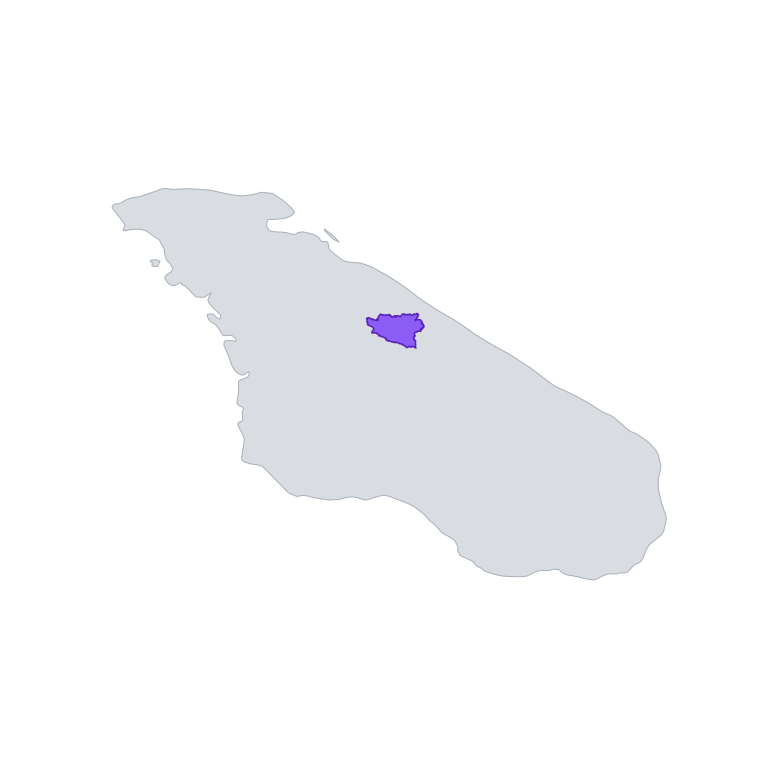 location of Moramanga, Alaotra-Mangoro, Madagascar, rotated 285°
{"feature_id": "10022922B82658288648411", "entity_name": "Moramanga", "entity_type": "district", "adm_level": 2, "iso_a3": "MDG", "parent_name": "Madagascar", "parent_adm1": "Alaotra-Mangoro", "projection": "albers", "projection_center": [48.208, -18.729], "detail": "fine", "context": "in_parent", "style": "filled", "palette": "violet", "viewbox_px": 768, "rotation_deg": 285, "n_neighbors": 0, "source": "geoboundaries", "source_scale": "gbopen_adm2", "svg_char_len": 8992}
<svg xmlns="http://www.w3.org/2000/svg" viewBox="0 0 768 768"><g transform="rotate(285 384 384)"><path d="M498.5,91.9L500.5,96.6L502.9,101.2L510.3,112.3L513.4,116.6L516.1,121.1L517.4,130.2L522.0,144.2L526.2,165.3L527.3,187.0L528.6,196.9L532.0,206.3L537.5,216.1L539.2,226.9L535.6,238.0L530.5,248.4L529.2,250.3L526.8,253.0L525.7,252.9L521.8,250.1L518.6,245.7L514.5,235.2L513.1,229.9L511.4,229.0L506.5,229.5L503.0,232.7L502.3,234.8L503.0,240.7L504.3,246.0L504.9,251.3L504.9,258.1L506.2,260.1L508.1,261.9L510.0,266.3L510.3,276.9L509.0,282.2L505.6,286.7L505.8,289.2L507.0,291.9L505.8,293.4L501.3,295.4L499.4,297.1L497.0,301.7L493.0,311.2L492.4,316.0L494.8,330.8L494.0,341.3L488.9,361.3L485.9,370.8L481.8,382.1L475.5,397.0L469.3,415.8L464.1,435.1L460.2,446.7L455.8,458.1L449.9,478.3L444.8,498.9L437.4,521.4L427.1,546.6L426.0,549.9L423.9,562.7L421.7,573.9L419.0,584.9L413.3,603.1L412.7,608.7L411.4,614.1L406.0,625.6L403.7,629.8L402.1,634.3L401.2,640.1L399.6,645.6L395.7,655.7L389.8,664.5L385.8,667.7L377.1,672.4L372.7,673.3L362.8,673.5L353.4,676.3L343.5,681.4L334.1,687.3L330.5,690.1L326.5,691.7L313.9,692.3L310.2,691.1L297.4,681.8L292.5,680.4L283.2,679.2L280.4,678.5L277.9,677.3L274.0,672.4L266.5,668.4L264.7,667.1L263.5,664.3L262.7,661.2L260.7,657.7L259.1,651.1L256.5,646.5L249.5,638.5L248.7,635.9L247.9,627.2L248.0,621.3L247.0,610.5L247.7,605.4L250.0,600.7L248.9,595.8L246.1,590.7L245.0,585.3L243.0,580.4L235.5,571.8L233.7,567.5L232.4,563.0L229.3,549.0L228.8,544.1L228.9,533.7L229.8,528.4L231.5,524.6L231.8,521.8L232.9,519.4L234.6,517.5L235.7,515.2L238.1,501.8L241.5,498.8L246.6,497.0L250.6,493.4L252.8,488.7L255.0,479.0L261.3,469.3L263.5,464.2L268.5,456.4L273.0,445.6L274.3,440.6L275.2,435.4L276.1,424.0L276.9,418.4L276.6,412.8L273.8,407.1L267.2,396.8L266.9,394.9L267.3,387.1L266.6,381.5L264.1,376.0L261.0,370.8L257.7,361.0L255.9,344.8L256.1,338.9L255.1,333.7L252.8,328.8L254.1,320.1L272.8,288.2L273.3,284.5L272.3,274.9L272.6,269.3L273.2,267.2L274.7,265.9L278.0,265.3L293.7,263.6L295.7,262.6L299.6,259.9L304.9,254.7L307.3,253.1L309.4,253.6L310.9,255.8L312.6,257.0L318.9,254.6L321.4,254.5L323.9,254.8L325.0,252.7L325.6,249.8L326.5,247.7L328.2,246.6L336.4,245.8L341.6,245.0L348.3,242.9L349.8,243.2L355.3,250.4L357.0,251.0L359.1,251.3L360.9,249.9L356.5,246.2L355.8,244.1L356.0,241.7L358.3,236.4L362.2,232.5L371.0,226.4L380.1,219.3L382.8,218.8L385.0,219.9L386.8,228.1L386.6,229.5L388.1,229.6L389.8,228.6L391.3,225.3L391.3,222.5L390.1,219.9L389.5,217.7L389.4,215.6L394.0,210.8L397.6,206.1L399.3,200.6L400.8,198.1L404.6,195.2L405.8,195.6L406.7,198.0L407.2,200.4L406.2,202.9L404.8,205.3L404.2,208.5L406.4,209.1L408.5,208.3L411.5,202.5L414.9,197.0L416.9,194.1L419.5,192.1L423.7,192.5L427.9,193.7L421.1,187.9L419.4,179.9L427.5,166.1L427.5,163.2L428.7,162.3L429.3,161.2L425.1,156.6L424.3,154.3L424.8,150.8L426.8,147.6L428.6,145.5L431.2,144.6L433.3,145.8L437.8,149.7L440.8,150.2L444.5,146.6L447.5,142.0L452.0,138.8L457.2,136.9L465.0,129.7L470.2,114.6L470.6,110.2L469.5,104.9L467.7,99.8L464.7,93.4L465.5,92.0L469.8,92.9L471.2,92.0L475.9,86.4L483.7,75.7L486.2,75.8L488.4,77.8L489.2,80.7L490.7,82.9L495.9,88.0L498.5,91.9ZM444.7,134.0L444.8,135.7L438.9,135.0L438.0,129.3L440.9,129.1L441.5,126.8L443.2,126.5L445.1,131.6L444.7,134.0ZM514.4,295.9L509.4,304.3L510.8,297.3L516.6,287.2L518.3,286.5L514.4,295.9Z" fill="#d9dde1" stroke="#a8b0b8" stroke-width="1"/><path d="M426.9,399.5L426.6,399.9L426.8,400.1L426.7,400.7L426.8,400.9L426.8,401.2L427.2,401.5L427.5,401.4L427.8,401.6L427.8,401.8L427.8,402.1L427.7,402.2L427.6,402.5L427.8,403.3L427.2,403.9L427.3,404.5L427.2,404.7L427.2,404.9L427.1,405.1L427.1,405.3L427.6,405.0L428.2,404.8L429.3,404.6L429.9,404.5L430.9,404.1L431.4,403.7L432.9,403.7L433.1,403.6L433.8,403.3L434.1,402.9L434.0,402.5L434.4,402.3L434.6,401.8L434.9,401.8L435.1,401.7L435.1,401.4L435.2,401.1L435.5,401.0L435.8,401.2L435.8,401.3L436.2,401.0L436.2,400.7L436.5,400.4L436.9,400.4L437.2,400.5L437.8,401.1L437.9,401.4L438.2,401.6L438.4,401.6L438.6,401.4L438.8,401.5L439.0,401.4L439.2,401.0L439.4,400.9L439.6,400.5L439.9,400.5L440.6,400.3L441.1,400.2L441.7,400.5L441.8,400.7L441.8,401.0L442.0,401.1L442.1,401.4L442.4,401.4L442.5,401.5L442.8,402.4L443.0,402.5L443.4,402.5L443.5,402.9L444.1,403.2L444.2,403.5L444.0,404.0L444.4,404.4L444.3,404.7L444.4,405.5L444.6,406.0L445.3,405.7L445.9,405.5L446.2,405.4L446.1,405.6L446.3,405.8L446.5,405.8L446.4,406.1L446.6,406.3L446.9,406.4L447.3,406.3L447.3,406.7L447.6,406.6L447.7,407.0L448.0,407.1L448.4,407.0L448.4,406.9L448.6,406.8L448.8,407.0L449.1,407.1L448.9,407.4L449.0,407.5L449.3,407.7L449.4,407.8L449.5,407.8L449.5,407.4L449.9,407.1L450.2,407.0L450.3,407.0L450.6,407.4L450.8,407.4L451.0,407.1L451.1,406.7L451.5,406.6L451.9,406.4L452.0,406.0L451.9,405.3L452.0,404.6L452.1,404.4L452.5,404.9L452.7,405.2L453.2,405.1L453.8,404.9L454.2,404.5L454.7,403.4L455.0,403.2L455.3,402.7L455.5,402.0L455.5,401.7L455.3,401.1L455.1,400.7L454.7,399.2L454.2,398.8L454.0,398.5L453.8,397.9L453.5,397.7L453.9,397.5L455.0,397.9L455.3,398.1L455.6,398.7L455.9,398.8L456.7,398.5L457.4,399.1L457.8,399.4L458.0,399.4L458.4,399.4L458.7,399.3L459.1,399.1L459.4,398.6L459.7,398.7L460.1,399.1L460.4,398.7L460.5,398.4L460.6,398.1L460.5,397.6L460.4,397.3L460.4,397.2L460.1,397.2L459.7,397.0L459.5,396.3L459.5,395.0L459.5,394.9L458.9,394.8L458.4,394.4L458.1,394.0L457.9,393.9L457.6,393.7L457.8,393.5L457.8,393.2L457.9,392.9L457.8,392.4L457.9,392.1L457.9,391.7L458.2,391.6L458.3,391.4L458.1,391.1L458.0,390.7L457.9,390.6L457.4,390.3L457.6,390.0L457.6,389.7L457.4,388.9L457.2,388.6L456.7,388.3L456.8,388.1L456.5,387.3L456.5,386.7L456.6,386.4L456.5,386.0L456.9,385.8L456.7,385.6L456.6,385.3L456.5,385.0L456.5,384.8L456.4,384.8L456.5,384.5L456.5,384.0L456.3,383.7L456.0,383.7L455.9,383.6L455.6,383.5L455.2,383.1L454.5,382.9L454.1,382.6L453.4,382.4L453.3,382.2L453.2,381.6L453.4,381.4L453.5,381.2L453.6,380.8L453.6,380.4L453.6,380.2L453.4,380.0L453.4,379.6L453.2,379.4L453.2,379.1L452.6,378.8L452.4,378.9L452.0,378.7L451.7,378.4L452.0,378.2L452.5,377.9L452.4,377.8L452.6,377.7L452.4,377.5L452.4,377.2L452.7,377.2L452.5,376.9L452.4,376.8L452.6,376.5L452.5,376.2L452.2,376.0L451.9,376.2L451.8,376.4L451.7,376.2L451.3,376.0L451.3,375.6L451.1,375.4L451.2,375.2L451.0,374.8L451.1,374.6L450.9,374.2L451.0,374.0L450.8,374.0L450.8,373.9L451.1,373.0L451.3,372.9L451.7,372.9L451.8,372.3L452.1,372.2L452.2,371.9L452.4,371.7L452.5,371.6L452.4,371.4L452.1,371.3L451.9,371.3L451.7,371.6L451.9,370.9L452.1,370.1L451.6,369.9L451.4,369.6L451.4,369.0L451.4,368.8L451.2,368.8L451.1,368.7L451.1,368.4L450.9,367.9L450.9,367.7L451.0,367.5L450.8,366.8L450.8,366.5L450.6,366.2L450.7,365.2L450.4,365.1L450.2,364.7L450.3,364.3L450.2,364.1L450.1,363.7L450.2,363.4L450.2,363.2L450.2,362.8L450.2,362.6L450.5,362.5L450.3,362.3L450.2,362.2L449.6,362.1L448.9,361.6L448.5,361.6L447.7,361.3L447.3,361.0L447.2,361.0L446.9,361.2L446.1,361.4L445.9,361.2L445.7,361.3L445.5,361.0L445.4,360.8L445.0,360.9L445.0,360.7L444.9,360.6L444.9,360.4L444.7,360.3L444.4,360.3L444.2,361.8L443.9,361.9L443.7,361.6L443.7,361.1L443.5,360.6L443.6,360.4L443.6,360.0L443.4,359.8L443.5,359.6L443.4,359.5L443.4,359.3L443.3,359.1L443.3,358.8L443.4,358.7L443.5,358.3L443.4,358.0L443.5,357.8L443.7,357.1L443.5,356.9L443.5,356.7L443.3,356.6L443.4,356.4L443.2,356.2L443.2,355.9L443.3,355.5L443.8,355.5L443.9,355.3L443.9,355.1L443.7,355.0L443.7,354.5L443.8,353.8L443.7,353.3L443.9,353.0L443.7,352.7L443.7,352.2L443.9,352.0L443.7,351.9L443.6,351.5L443.7,351.3L443.4,351.2L443.5,351.0L443.3,350.7L443.1,350.7L443.0,350.8L443.1,350.6L442.8,350.4L442.4,350.3L442.1,350.5L442.0,351.0L441.8,351.2L441.3,351.0L440.5,351.4L439.0,351.6L439.0,351.9L439.0,352.2L438.8,352.7L437.9,352.7L437.6,352.7L437.2,353.0L437.1,352.9L436.7,353.7L436.8,354.1L436.9,354.5L436.6,354.8L436.5,355.1L436.5,356.2L436.2,357.4L435.4,359.2L435.3,359.4L435.1,359.4L434.9,359.7L434.7,359.8L433.6,359.7L433.1,359.5L432.9,359.4L432.0,359.0L431.1,358.9L430.3,359.0L430.6,360.4L430.5,361.0L430.9,361.9L431.2,362.0L431.3,362.0L431.2,362.4L431.3,363.2L431.2,363.5L430.9,363.6L430.7,363.8L430.7,364.7L430.0,366.9L429.5,367.0L429.4,366.9L429.5,368.0L429.5,368.3L429.3,368.5L429.0,368.6L429.3,369.2L429.4,369.9L429.1,370.9L429.2,371.2L428.9,372.2L429.0,372.7L428.6,372.9L428.4,373.7L428.4,374.1L428.5,374.4L428.4,374.4L428.3,374.2L427.6,374.4L427.4,374.4L427.3,374.7L427.0,374.8L427.0,375.3L426.8,375.7L426.7,375.8L426.9,376.1L426.8,376.7L427.0,377.0L427.0,377.3L426.9,377.4L427.2,377.5L427.3,377.8L426.9,378.4L426.8,380.1L426.6,380.5L426.8,382.2L426.8,383.1L426.8,383.8L427.2,383.7L427.2,383.9L427.4,384.5L427.3,384.9L427.4,385.4L427.4,386.5L427.2,387.6L427.3,387.8L427.1,388.0L426.9,388.5L427.0,388.8L427.1,389.0L427.2,389.5L427.0,390.1L427.3,390.3L427.3,390.5L427.0,391.5L426.7,391.7L426.5,392.1L426.4,393.3L426.5,393.5L426.3,393.7L426.3,394.1L426.1,394.3L426.0,394.6L426.0,394.8L425.8,395.0L425.7,395.3L425.5,395.8L425.1,396.2L425.2,396.9L425.5,397.1L425.7,397.6L425.9,397.7L426.1,398.0L426.3,398.1L426.3,398.4L426.9,398.7L426.9,399.5Z" fill="#8b5cf6" stroke="#5b21b6" stroke-width="1.5"/></g></svg>